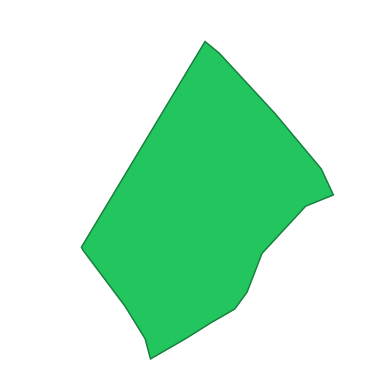 the district of 32, Ad Dawhah, Qatar, rotated 60°
{"feature_id": "91078587B42740082367526", "entity_name": "32", "entity_type": "district", "adm_level": 2, "iso_a3": "QAT", "parent_name": "Qatar", "parent_adm1": "Ad Dawhah", "projection": "albers", "projection_center": [51.478, 25.327], "detail": "fine", "context": "isolated", "style": "filled", "palette": "green", "viewbox_px": 384, "rotation_deg": 60, "n_neighbors": 0, "source": "geoboundaries", "source_scale": "gbopen_adm2", "svg_char_len": 367}
<svg xmlns="http://www.w3.org/2000/svg" viewBox="0 0 384 384"><g transform="rotate(60 192 192)"><path d="M68.2,105.5L184.5,315.4L188.1,315.5L257.4,307.1L295.8,306.0L315.8,311.4L315.8,269.9L314.7,241.1L314.7,213.4L306.2,194.3L280.2,162.1L261.1,100.6L265.2,71.0L236.6,68.5L165.5,80.9L85.4,99.0L68.2,105.5Z" fill="#22c55e" stroke="#15803d" stroke-width="1.5"/></g></svg>